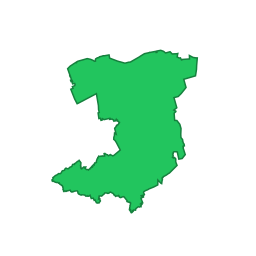 outline of San Felipe, Guanajuato, Mexico, rotated 339°
{"feature_id": "50627088B95947511584751", "entity_name": "San Felipe", "entity_type": "district", "adm_level": 2, "iso_a3": "MEX", "parent_name": "Mexico", "parent_adm1": "Guanajuato", "projection": "albers", "projection_center": [-101.374, 21.488], "detail": "fine", "context": "isolated", "style": "filled", "palette": "green", "viewbox_px": 256, "rotation_deg": 339, "n_neighbors": 0, "source": "geoboundaries", "source_scale": "gbopen_adm2", "svg_char_len": 5781}
<svg xmlns="http://www.w3.org/2000/svg" viewBox="0 0 256 256"><g transform="rotate(339 128 128)"><path d="M174.2,164.9L174.5,163.8L174.5,162.7L174.2,161.7L174.4,160.7L174.2,159.9L174.5,159.7L174.8,158.3L174.0,155.9L175.0,152.8L177.3,147.5L177.7,143.1L176.3,138.5L174.3,137.6L176.3,130.9L176.8,130.5L178.5,129.9L178.7,129.5L177.2,127.7L180.8,126.6L181.8,116.1L186.2,116.6L190.0,114.9L196.7,111.0L197.5,102.5L209.7,103.5L212.9,97.9L214.5,94.2L217.8,87.4L216.4,86.8L214.0,85.4L211.3,82.3L210.2,85.6L203.4,83.5L203.1,83.7L202.3,83.6L202.1,81.3L201.1,81.1L200.2,80.4L200.1,80.1L199.3,79.3L201.2,76.3L200.0,76.1L195.8,74.7L194.6,71.9L189.9,71.4L188.7,69.2L186.4,67.2L182.6,66.5L182.1,67.8L181.3,67.6L181.5,66.4L175.9,65.4L175.3,65.1L174.5,65.2L170.0,64.5L165.1,65.4L164.6,65.6L153.7,67.3L152.2,66.8L148.4,66.4L142.2,61.8L135.9,56.2L136.5,53.0L131.8,52.1L130.6,51.6L130.0,51.7L126.9,51.3L126.5,51.4L126.1,51.8L124.4,51.5L123.9,51.6L123.5,51.8L122.8,51.8L122.4,52.0L122.0,52.6L121.6,53.9L121.1,53.9L120.5,53.5L119.6,52.3L117.7,50.5L114.8,48.6L105.1,47.7L104.1,47.8L103.8,48.1L103.8,47.9L100.8,48.5L96.2,49.5L92.9,51.0L92.7,58.2L92.4,58.2L92.3,59.3L92.7,59.4L92.5,62.8L91.5,62.8L91.5,64.2L92.2,64.2L92.2,63.8L92.9,63.8L92.9,64.8L92.2,64.7L92.1,67.0L94.2,67.3L94.1,68.6L93.4,69.4L90.9,69.4L90.9,71.3L88.5,71.3L88.6,81.7L89.2,87.1L90.7,87.0L110.8,84.6L108.4,96.5L107.1,100.3L106.7,103.2L105.5,103.2L104.2,108.8L105.8,109.1L105.5,111.2L106.6,111.4L107.5,110.2L108.6,111.6L114.3,112.4L114.7,112.6L114.1,113.4L116.4,114.0L116.7,114.7L117.5,115.2L117.3,116.1L117.3,116.6L118.0,116.6L119.0,116.9L119.1,116.6L120.0,115.8L120.0,116.3L120.9,116.7L120.6,117.2L120.5,117.7L121.3,118.1L121.4,119.0L122.1,119.7L122.0,119.9L119.5,121.5L119.2,121.5L119.0,121.3L118.6,121.4L118.4,121.4L118.2,121.8L117.8,121.9L117.8,122.2L117.3,122.4L116.8,122.8L116.0,123.1L115.4,123.6L114.7,129.5L113.6,128.0L112.4,130.5L111.5,131.5L110.6,133.5L111.6,135.3L111.6,136.0L111.9,137.1L112.9,145.8L105.0,148.5L103.8,148.6L102.6,147.2L102.4,147.2L102.0,147.0L101.9,146.5L100.1,146.9L99.7,146.8L99.3,145.7L98.1,144.8L98.0,144.5L97.3,143.9L97.4,143.6L96.8,143.3L96.5,143.3L96.1,145.8L92.9,144.8L93.1,144.7L90.6,144.1L90.5,143.9L90.0,144.4L89.2,144.7L89.0,145.4L88.2,145.7L86.4,147.9L86.2,148.8L84.5,149.0L84.3,148.8L83.1,150.4L82.8,150.0L82.9,149.8L80.9,150.7L81.2,151.5L80.6,151.7L80.2,151.1L79.8,151.3L79.6,151.8L79.2,151.9L79.5,151.5L77.9,152.2L77.8,152.6L76.4,152.8L76.1,153.0L75.9,152.5L74.4,152.0L73.3,150.0L73.7,150.1L74.6,149.3L72.6,148.5L70.4,149.5L69.8,149.4L69.5,148.2L70.2,147.7L70.0,147.1L70.2,146.7L70.1,146.2L70.5,146.0L70.6,145.5L70.9,145.1L71.6,143.5L70.8,140.8L70.6,141.0L68.8,141.1L66.5,142.0L65.5,142.1L65.0,142.8L64.5,142.4L63.2,142.2L61.7,143.8L59.7,143.8L59.1,144.0L58.2,144.5L57.4,144.6L56.2,143.8L55.9,143.3L55.7,143.2L54.7,143.5L53.9,144.2L53.7,144.6L52.7,144.7L52.1,144.5L51.2,144.5L49.5,145.9L48.6,146.4L48.2,146.3L47.0,145.7L44.3,146.4L43.6,146.3L42.7,146.5L41.9,146.9L40.8,147.2L40.5,147.6L40.2,147.5L40.2,147.9L39.9,148.4L39.1,149.0L38.6,149.1L38.6,149.3L38.4,149.5L38.2,150.2L38.6,150.7L38.9,150.3L39.1,151.0L39.7,151.1L40.5,152.4L41.9,153.4L42.5,153.5L43.0,154.0L43.3,154.1L43.5,154.8L43.9,155.0L44.2,154.9L44.2,155.9L44.7,156.8L45.5,157.3L45.5,157.8L46.0,158.3L45.9,158.9L46.1,159.4L45.9,159.7L45.9,160.4L45.6,161.8L45.2,162.2L45.5,163.0L45.2,164.1L45.4,164.4L45.8,164.2L46.7,164.2L47.3,165.0L47.8,165.0L48.3,164.7L48.7,164.8L48.7,165.0L51.7,165.3L51.9,166.2L51.8,166.7L52.4,167.5L52.8,167.7L53.1,167.5L53.6,167.8L54.5,167.9L54.9,167.7L57.3,168.2L57.9,168.5L58.1,168.6L58.3,169.5L58.0,170.6L58.1,171.5L58.4,172.1L58.8,172.2L58.8,172.5L60.0,173.7L60.5,173.9L60.8,173.7L63.1,174.8L63.9,175.5L63.9,175.9L64.1,176.4L65.9,177.1L66.1,177.0L66.2,177.4L67.1,177.6L68.5,177.2L68.4,180.7L70.4,181.1L70.5,183.4L71.4,183.3L71.7,186.4L72.1,186.8L72.5,187.1L73.7,187.3L74.0,187.6L76.1,186.2L76.0,185.5L76.1,185.2L75.8,184.9L75.8,184.6L76.4,183.8L76.2,183.3L75.2,183.6L76.1,182.0L76.6,181.7L76.7,181.2L78.6,181.8L78.9,182.1L79.8,181.9L80.8,181.4L82.0,181.1L83.2,180.3L85.1,181.2L85.3,181.6L86.0,181.9L87.2,181.9L88.5,181.4L88.8,181.8L89.1,181.9L89.4,182.4L90.6,183.7L90.9,184.6L91.0,185.6L91.4,185.7L91.9,187.4L92.8,187.3L93.7,187.7L95.0,187.6L95.0,188.5L95.4,188.7L95.2,189.3L95.6,189.9L96.3,190.4L98.2,190.3L99.0,190.4L99.3,190.8L99.6,190.8L101.2,195.8L100.7,196.3L101.9,197.4L102.4,197.5L102.6,198.1L103.5,198.4L103.6,199.0L102.4,200.9L102.0,201.2L102.0,201.7L101.3,202.6L100.6,203.9L100.2,204.3L100.6,204.8L101.0,204.9L101.1,205.1L100.9,205.4L100.9,205.7L100.3,205.8L100.5,206.1L100.4,206.3L100.7,206.7L100.5,207.4L100.7,208.3L101.5,208.3L101.8,208.0L102.3,207.9L102.7,207.6L102.4,207.3L102.6,206.9L103.3,207.4L103.5,207.2L103.3,207.1L103.6,206.6L104.2,206.7L105.6,207.4L106.4,206.1L109.0,205.3L109.6,205.2L110.3,205.9L111.5,205.9L112.0,206.1L112.1,205.1L112.5,205.0L113.0,204.5L113.7,204.3L114.1,203.5L113.4,203.9L113.2,203.6L112.7,203.3L113.7,202.9L114.9,203.1L114.9,198.1L118.3,198.0L117.7,197.7L117.5,197.4L116.9,197.2L116.1,196.5L116.0,195.9L117.6,196.1L118.3,196.5L118.7,196.5L119.0,196.1L119.5,195.9L119.3,194.0L119.9,193.1L122.0,192.7L124.2,192.7L125.7,192.4L131.0,192.3L135.4,191.8L137.2,187.3L139.0,191.5L139.5,192.0L141.1,189.1L141.6,188.7L141.7,187.9L141.7,187.4L142.2,186.7L142.9,186.8L143.5,186.1L146.8,185.7L149.5,185.0L150.5,184.9L160.4,180.5L160.4,176.8L161.5,173.9L160.9,172.3L160.6,172.1L160.0,172.4L159.6,172.3L159.1,171.3L159.5,171.2L160.0,170.5L160.3,169.9L160.2,169.6L160.4,169.0L160.4,168.5L160.6,168.5L161.0,168.2L161.1,167.5L161.5,167.1L161.8,167.0L162.0,166.7L162.6,166.7L165.1,167.7L165.4,168.0L164.3,175.3L167.6,175.9L171.3,173.7L171.9,173.4L172.3,166.9L172.3,166.5L172.6,166.1L172.7,165.2L173.0,164.7L174.2,164.9Z" fill="#22c55e" stroke="#15803d" stroke-width="1.5"/></g></svg>